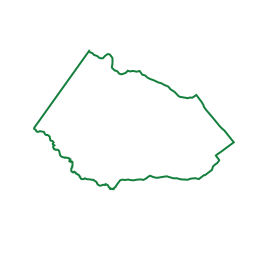 Tala, Canelones, Uruguay, rotated 232°
{"feature_id": "84410073B98318272763816", "entity_name": "Tala", "entity_type": "district", "adm_level": 2, "iso_a3": "URY", "parent_name": "Uruguay", "parent_adm1": "Canelones", "projection": "robinson", "projection_center": [-55.755, -34.328], "detail": "fine", "context": "isolated", "style": "outline", "palette": "green", "viewbox_px": 256, "rotation_deg": 232, "n_neighbors": 0, "source": "geoboundaries", "source_scale": "gbopen_adm2", "svg_char_len": 4738}
<svg xmlns="http://www.w3.org/2000/svg" viewBox="0 0 256 256"><g transform="rotate(232 128 128)"><path d="M212.7,144.8L185.9,54.2L185.6,53.8L184.8,53.5L183.4,54.2L182.2,53.8L181.1,54.0L180.1,55.0L179.9,56.3L179.2,57.2L177.8,58.3L176.7,59.3L175.6,59.2L174.4,58.8L173.5,58.9L172.7,59.4L171.9,60.4L169.5,61.0L168.4,60.4L167.5,59.9L166.3,59.3L165.7,59.3L165.0,60.0L163.9,60.5L162.4,60.5L162.2,59.7L161.8,58.9L161.1,58.7L160.3,59.1L159.7,59.3L159.7,58.4L159.4,57.5L158.4,57.0L157.4,56.7L156.9,57.2L156.3,57.0L155.2,57.7L154.7,58.6L154.1,59.2L153.2,59.5L152.0,59.5L151.0,59.0L149.8,58.4L148.6,57.9L147.6,57.7L146.4,58.0L145.6,58.4L144.6,59.1L144.1,59.5L143.9,59.7L143.7,59.8L143.6,60.0L143.3,60.0L143.2,60.4L143.0,60.7L143.0,60.8L142.9,60.9L142.8,61.0L142.7,61.1L142.5,61.3L142.4,61.3L142.2,61.5L142.0,61.8L141.1,62.3L140.8,62.4L140.8,62.5L140.7,62.8L140.3,63.0L140.1,62.9L139.4,63.0L139.0,63.2L138.9,63.3L138.8,63.2L138.5,63.1L138.4,63.0L138.4,62.9L138.2,62.5L138.2,62.3L138.2,62.1L138.3,61.9L138.2,61.7L138.0,61.4L137.9,61.3L137.4,61.5L137.1,61.7L136.9,61.8L136.7,61.9L136.7,62.0L136.7,62.4L136.7,62.6L136.7,62.8L136.4,62.9L136.3,63.0L136.2,63.1L135.9,63.0L135.5,63.2L135.4,63.2L135.1,63.2L134.9,63.1L134.8,62.9L134.7,62.8L134.7,62.7L134.4,62.5L134.3,62.4L134.0,62.1L133.7,61.9L133.4,61.8L133.0,61.5L132.6,61.1L132.4,60.9L132.3,60.7L132.1,60.6L132.0,60.4L131.8,60.0L131.8,59.8L131.6,59.8L131.6,59.6L131.4,59.4L131.3,59.2L131.1,59.0L131.0,58.8L130.9,58.6L130.7,58.5L130.6,58.3L130.6,58.1L130.4,58.0L130.2,57.7L129.6,57.2L129.2,57.0L128.8,56.9L128.6,56.8L128.4,56.9L128.0,56.9L127.5,57.1L127.1,57.2L127.0,57.3L126.8,57.4L126.7,57.5L126.7,57.8L126.7,58.3L126.7,58.6L126.6,58.8L125.9,59.0L125.6,59.0L125.3,59.3L124.9,59.2L124.6,59.0L124.5,58.9L124.4,58.9L124.1,59.1L123.9,59.2L123.5,59.3L123.2,59.5L122.8,59.7L122.4,59.9L122.1,59.8L121.8,60.0L121.5,60.1L121.4,60.2L121.2,60.2L120.4,60.3L120.1,60.3L120.0,60.2L119.8,60.2L119.6,59.9L119.1,59.8L118.9,59.8L118.5,60.0L118.4,60.1L118.2,60.0L118.0,59.9L117.8,59.8L117.6,59.8L117.2,59.8L116.9,59.8L116.7,59.8L116.4,59.9L116.3,60.0L116.2,60.1L116.0,60.4L115.7,60.8L115.4,61.1L115.2,61.4L115.1,61.5L114.9,62.1L115.0,62.7L114.9,62.8L114.8,63.1L114.4,63.3L114.1,63.5L113.7,63.7L113.2,64.0L112.9,64.2L112.7,64.3L112.4,64.7L112.3,64.9L111.6,65.5L111.4,65.9L111.2,66.1L110.6,66.7L110.4,66.9L109.3,67.7L109.2,67.9L109.1,68.0L108.9,68.3L108.6,68.7L108.5,68.8L108.3,68.9L108.0,69.0L107.5,69.0L107.4,69.0L106.9,69.2L106.3,69.4L105.8,69.7L105.6,69.7L105.3,69.8L105.2,69.8L104.8,69.8L104.6,69.8L104.4,69.8L104.1,69.8L103.9,69.8L103.8,69.7L103.5,69.5L103.1,69.5L102.7,69.5L102.6,69.4L102.2,69.4L101.9,69.5L101.5,69.5L101.1,69.6L100.8,69.8L100.7,69.9L100.5,70.0L100.4,70.0L100.2,70.1L99.4,71.0L99.2,71.4L99.0,72.1L98.9,72.3L98.8,72.9L98.7,73.1L98.4,73.6L98.1,73.9L98.0,74.0L97.9,74.1L97.6,74.4L97.4,74.6L97.2,74.8L97.1,75.2L97.4,75.3L97.6,75.5L97.5,75.9L97.4,76.0L96.9,76.1L96.5,76.3L96.1,76.6L95.6,76.8L95.3,76.9L95.1,76.9L94.7,76.9L94.4,76.8L94.2,76.7L93.9,76.5L93.7,76.5L93.4,76.5L93.0,76.5L92.4,76.6L92.1,76.9L91.9,76.9L91.7,76.7L91.4,76.7L91.2,76.4L90.9,76.4L90.8,76.5L90.7,76.7L90.5,76.9L90.5,77.0L90.4,77.4L90.3,77.5L90.2,77.6L90.1,77.8L89.9,77.9L89.9,78.0L89.7,78.2L89.7,78.3L89.6,78.5L89.4,78.6L89.1,78.6L88.9,78.8L88.7,78.9L88.6,79.0L88.8,79.3L89.0,79.4L89.1,79.5L89.1,79.8L89.2,80.0L89.1,80.5L89.2,80.8L89.3,80.8L89.4,81.0L89.4,81.3L89.3,81.5L89.2,81.9L90.1,83.9L91.0,87.3L91.6,89.8L90.8,91.7L88.8,93.7L87.2,96.5L85.1,98.2L83.0,100.7L82.3,102.4L80.8,104.7L79.7,106.4L77.6,108.2L77.1,111.1L77.1,114.0L76.8,116.0L74.7,117.2L72.9,118.3L70.8,120.3L69.3,123.0L67.9,125.6L66.1,128.8L63.4,130.6L60.1,133.1L58.4,135.5L55.1,137.9L51.9,141.6L50.6,143.0L50.1,144.3L49.7,145.8L47.2,149.9L44.1,152.5L44.1,155.1L44.1,158.8L43.4,159.6L43.4,161.4L43.3,168.4L44.0,169.3L45.4,171.5L45.6,174.1L45.4,176.6L46.0,178.9L46.5,180.1L51.2,180.2L52.2,180.3L52.3,181.8L52.0,186.7L51.6,202.5L66.7,202.4L69.3,201.8L72.9,201.4L84.5,201.1L94.0,200.7L97.9,200.8L99.3,201.5L102.9,202.0L111.9,202.2L112.3,197.3L113.8,195.7L114.8,193.3L116.7,191.7L118.4,190.1L121.0,187.8L122.7,187.4L125.4,187.2L127.7,186.9L129.9,186.2L132.4,185.3L135.6,185.3L140.3,182.8L142.8,181.8L145.1,180.0L150.1,177.5L152.2,176.1L154.6,174.8L156.3,174.2L157.8,174.1L159.2,173.6L161.2,172.1L162.3,172.1L165.4,172.3L166.0,172.0L166.5,170.5L167.3,169.3L169.7,167.2L170.7,165.8L171.2,164.5L173.3,163.0L173.0,161.3L172.9,159.8L174.2,156.1L176.0,154.6L178.4,154.5L179.9,154.3L181.2,153.1L184.7,152.4L186.2,152.9L187.2,154.3L189.6,156.5L192.7,158.8L195.0,158.9L197.1,158.9L198.2,158.2L198.9,156.9L198.9,154.2L198.4,151.3L199.7,149.4L201.5,148.4L203.5,148.1L206.8,146.1L208.5,146.1L209.9,145.4L211.1,144.7L212.7,144.8Z" fill="none" stroke="#15803d" stroke-width="2"/></g></svg>